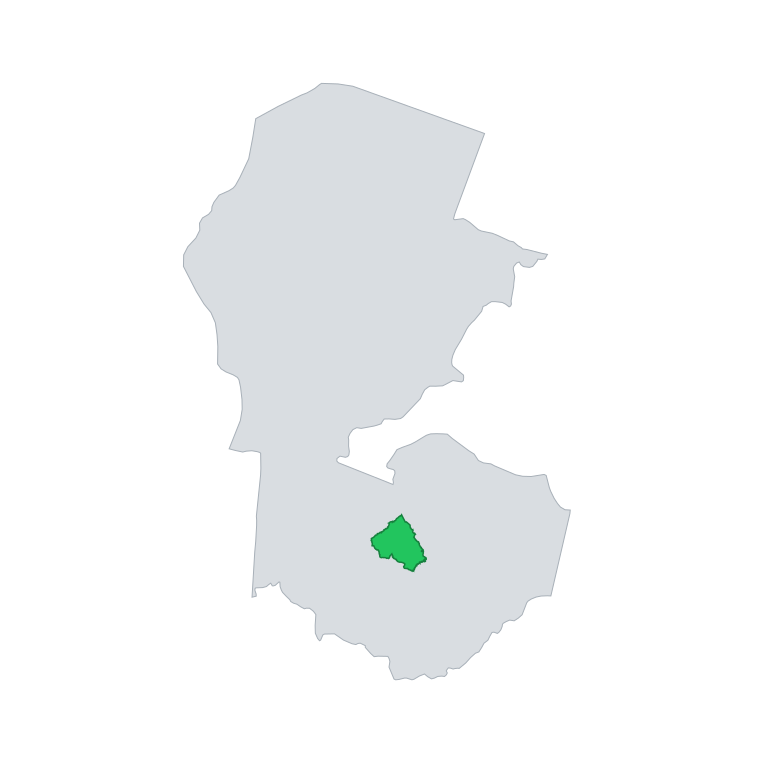 Kanchibiya, Muchinga, Zambia (highlighted), rotated 112°
{"feature_id": "96606910B88888220258727", "entity_name": "Kanchibiya", "entity_type": "district", "adm_level": 2, "iso_a3": "ZMB", "parent_name": "Zambia", "parent_adm1": "Muchinga", "projection": "orthographic", "projection_center": [30.974, -11.535], "detail": "fine", "context": "in_parent", "style": "filled", "palette": "green", "viewbox_px": 768, "rotation_deg": 112, "n_neighbors": 0, "source": "geoboundaries", "source_scale": "gbopen_adm2", "svg_char_len": 9041}
<svg xmlns="http://www.w3.org/2000/svg" viewBox="0 0 768 768"><g transform="rotate(112 384 384)"><path d="M502.1,503.3L471.6,503.5L460.6,506.0L451.5,509.9L440.7,515.8L434.5,520.0L432.8,522.3L432.0,527.3L432.0,535.1L431.0,540.7L427.8,545.8L411.5,552.1L400.8,557.3L390.4,563.3L382.6,571.2L377.3,580.8L368.5,592.7L350.1,614.0L339.3,618.1L330.2,617.3L319.1,613.1L310.4,612.4L304.0,615.3L298.0,614.5L292.4,610.2L287.8,608.7L284.1,609.9L279.3,609.8L270.6,607.6L262.9,600.2L258.7,597.2L255.5,596.1L246.5,595.0L225.8,593.8L204.6,598.0L186.0,602.3L166.2,586.1L147.1,568.9L143.0,564.5L135.8,558.8L130.7,556.0L128.7,554.6L123.0,539.0L119.6,524.5L114.1,384.6L199.5,382.1L205.0,381.4L205.2,379.9L201.0,372.5L201.1,369.9L202.1,364.8L205.6,354.5L205.7,351.1L203.7,340.1L203.7,333.9L204.4,321.4L203.7,317.2L205.6,311.6L206.1,307.8L206.9,306.2L205.8,302.0L203.8,287.2L202.6,281.0L207.8,281.8L209.6,284.8L210.6,288.1L213.0,288.2L219.2,290.1L221.4,292.8L222.9,298.7L222.1,301.8L220.2,304.3L222.2,306.4L226.4,307.7L228.8,307.3L235.6,303.0L241.9,301.4L245.2,300.3L259.4,297.3L262.2,295.8L264.2,295.8L265.6,296.9L264.4,301.1L264.1,304.9L266.0,311.9L267.4,315.2L270.4,317.5L272.6,318.7L275.0,321.2L280.0,320.7L290.9,324.1L294.3,325.7L298.9,327.3L302.2,327.9L313.5,328.9L325.4,330.8L331.6,330.9L335.9,330.3L339.0,329.2L340.8,328.0L341.7,327.0L346.0,313.6L348.3,312.5L351.2,311.7L353.0,312.9L355.0,321.4L363.7,328.9L366.7,335.3L368.9,340.8L370.8,342.2L374.1,344.1L379.3,344.7L384.0,344.8L407.3,354.0L409.8,355.7L412.7,360.6L414.5,366.3L416.4,370.7L419.4,371.5L422.0,371.8L424.7,374.9L426.7,377.5L433.7,388.5L434.7,392.9L438.0,395.8L442.5,397.0L446.7,397.2L449.1,395.8L455.0,393.5L459.5,390.9L462.9,390.0L464.9,390.5L466.4,392.3L467.4,397.8L470.7,399.7L473.1,398.9L474.1,396.8L474.1,395.7L473.8,338.0L471.7,338.4L469.0,340.1L462.9,340.3L460.5,341.5L459.8,343.4L460.2,345.8L460.4,349.0L459.5,350.6L456.8,351.2L452.9,350.0L445.8,348.4L440.0,347.4L435.7,343.1L429.9,336.6L426.2,333.4L417.1,326.6L415.5,325.3L412.8,322.1L410.4,316.7L408.1,310.5L406.8,306.5L408.9,300.4L414.1,280.4L415.2,274.2L419.6,267.8L419.9,262.2L418.0,254.9L418.5,250.9L418.9,228.0L417.6,220.8L414.6,212.8L407.9,201.7L408.0,199.4L418.0,192.0L421.0,189.3L426.3,183.4L429.8,178.4L432.0,174.3L432.8,169.1L431.1,164.1L434.5,163.1L518.0,149.9L519.2,153.3L521.8,159.0L524.6,163.2L528.2,166.9L531.3,169.1L533.3,169.7L546.2,169.5L550.8,171.8L554.8,174.6L555.8,179.0L558.5,181.7L561.3,183.9L562.6,184.1L564.6,183.6L568.1,183.6L571.3,184.5L572.8,185.5L572.9,189.1L573.9,190.8L578.3,191.4L582.7,191.7L586.9,194.2L591.6,194.7L596.9,195.7L599.4,198.4L605.1,201.2L612.0,203.7L619.6,207.8L619.8,209.0L621.1,211.4L622.4,213.2L622.5,215.7L623.1,218.0L625.1,218.6L626.7,218.8L628.2,217.1L630.2,217.2L632.5,218.3L633.2,221.0L635.0,224.6L637.8,227.1L639.6,229.5L639.0,233.9L637.7,237.8L641.5,241.8L646.5,245.6L647.8,247.3L648.2,252.8L648.9,254.7L652.3,259.4L653.9,262.4L653.8,264.2L644.6,273.3L639.0,274.6L636.6,276.5L635.1,278.4L638.6,287.6L640.5,291.0L638.9,295.3L635.2,302.7L633.6,303.3L633.2,308.9L634.3,310.9L636.1,312.5L636.8,316.3L636.6,325.7L634.2,336.3L638.2,345.6L639.6,346.7L645.2,346.8L646.2,347.6L644.8,350.2L640.8,354.3L633.6,357.4L623.3,360.8L621.2,364.2L619.8,369.0L620.9,371.9L622.2,373.6L621.8,377.8L620.8,382.3L621.1,385.9L620.6,389.0L619.3,390.5L617.4,395.2L615.2,400.0L613.4,402.1L610.8,404.4L606.8,406.3L606.8,407.2L611.4,409.4L612.6,410.9L613.0,412.0L611.1,414.4L613.2,415.8L615.8,417.1L618.2,420.2L620.9,426.2L621.4,426.8L622.2,426.9L623.8,426.3L626.6,423.9L628.6,423.0L631.1,426.5L588.2,440.9L578.2,443.9L563.2,449.0L558.3,450.9L554.4,452.8L514.7,464.3L508.5,466.5L494.5,472.4L494.0,473.4L494.2,476.1L495.4,481.6L497.9,486.6L500.0,489.5L501.3,496.9L502.1,503.3Z" fill="#d9dde1" stroke="#a8b0b8" stroke-width="1"/><path d="M505.0,307.1L503.5,311.5L503.8,311.7L503.8,312.3L504.0,312.6L499.0,318.4L498.7,318.7L499.7,318.9L499.8,319.0L499.9,319.3L500.1,319.4L500.3,319.4L500.4,319.7L500.6,319.9L501.6,320.5L503.1,321.1L503.9,321.8L505.0,322.1L506.0,322.1L506.5,322.4L507.1,323.2L507.7,323.4L507.8,323.3L508.0,323.3L507.9,323.5L508.0,323.7L508.2,324.2L508.3,324.3L508.4,324.2L508.5,324.3L508.5,324.5L508.9,324.6L508.5,324.9L508.7,325.0L508.9,325.5L509.0,325.8L509.2,326.0L509.5,326.4L509.6,326.5L509.9,326.6L510.1,326.8L510.3,327.0L510.5,327.1L510.8,327.0L511.0,327.2L511.1,327.3L511.1,327.2L511.6,327.0L511.5,326.8L511.9,326.6L512.0,326.7L512.3,326.6L513.2,326.6L513.8,326.5L514.4,326.7L514.6,326.6L514.9,326.6L515.1,326.9L515.3,326.7L515.5,326.8L515.6,326.6L516.0,326.6L516.3,326.7L516.6,327.0L516.8,327.2L517.0,327.3L516.9,327.4L517.2,328.0L517.4,328.1L517.5,328.0L517.8,328.3L518.0,328.3L518.3,328.5L518.6,328.9L519.0,328.9L519.4,329.2L519.4,329.3L519.8,329.1L520.2,329.3L520.9,329.8L521.6,330.5L521.8,330.6L522.6,330.5L522.9,330.6L523.0,331.1L522.9,331.3L523.0,331.5L522.9,331.6L523.0,331.8L522.9,331.8L523.0,331.9L523.1,332.1L523.5,332.1L523.8,332.4L524.0,332.4L524.3,332.5L524.5,332.9L524.6,333.0L524.8,333.1L524.8,333.3L525.2,334.1L525.5,334.1L525.8,334.0L525.9,333.9L526.1,334.0L526.4,334.0L526.6,334.1L527.2,334.8L527.2,335.0L527.4,335.3L528.1,335.5L528.9,335.6L529.3,335.9L530.0,336.2L530.9,336.9L531.2,337.0L531.3,337.1L531.5,337.5L531.8,337.7L532.2,337.8L532.9,337.3L533.4,337.2L534.0,337.2L534.1,336.5L535.2,336.0L535.9,335.3L536.8,334.9L537.3,334.7L538.2,334.6L538.5,334.3L538.0,333.8L537.9,332.8L538.3,332.5L539.1,331.6L539.4,331.3L539.7,331.0L539.9,330.3L540.1,330.2L540.2,329.9L540.3,329.7L540.2,329.0L540.3,328.7L540.2,328.1L540.3,328.1L540.2,327.9L540.2,327.7L540.1,327.3L540.4,327.2L540.6,326.7L540.9,326.5L541.0,326.0L542.1,325.4L542.4,325.1L543.3,324.8L543.6,324.4L543.8,323.9L544.3,323.9L544.9,323.5L545.2,323.4L545.8,323.0L546.0,322.6L546.0,322.2L546.1,321.8L545.9,321.1L545.5,320.7L545.3,320.2L545.1,319.2L544.6,318.1L544.4,317.2L544.6,316.7L544.6,316.0L544.1,315.5L544.0,314.8L544.1,314.5L543.5,314.2L543.4,314.0L543.3,313.9L542.7,314.0L542.0,313.9L541.6,314.2L541.3,314.2L540.7,313.8L538.9,313.2L539.3,313.0L539.2,312.8L539.3,312.8L539.3,312.6L539.5,312.6L539.6,312.0L540.0,311.7L540.1,311.4L540.5,311.2L540.9,310.9L541.0,311.0L541.1,310.8L541.2,311.0L541.3,310.8L541.3,310.7L541.5,310.4L541.6,310.5L541.8,309.9L542.0,309.8L542.0,309.5L542.1,309.4L542.1,309.1L542.0,308.7L542.1,308.4L542.1,308.1L542.2,307.9L542.1,307.3L542.2,307.2L542.3,306.8L542.2,306.7L542.3,306.6L542.5,306.7L542.8,306.4L542.7,306.2L542.9,306.0L542.9,305.8L543.1,305.6L543.4,305.0L543.4,304.5L543.5,304.4L543.4,303.0L543.3,302.6L543.0,301.9L542.7,300.9L542.7,300.0L542.6,299.6L542.7,298.2L543.0,297.3L543.1,297.2L544.2,297.2L544.6,297.0L544.9,297.0L545.4,297.1L545.7,297.4L545.9,297.4L546.3,297.1L546.8,296.7L547.2,296.0L546.5,293.4L546.2,293.1L546.2,292.8L546.8,291.9L546.7,291.5L546.8,291.2L546.8,290.9L546.6,290.5L546.6,290.2L546.8,289.5L546.7,289.4L546.7,289.2L546.7,288.9L546.9,288.6L546.9,288.1L546.6,287.5L546.3,287.6L546.5,287.5L546.3,287.4L546.4,287.2L546.4,286.9L546.2,287.1L546.2,286.8L545.8,286.8L545.7,286.6L545.4,286.7L545.2,286.6L544.8,286.4L544.7,286.3L544.3,286.4L544.2,286.7L543.6,286.4L543.4,286.6L542.9,286.6L543.0,286.8L542.9,286.8L542.6,286.7L542.3,286.5L542.1,286.3L541.9,286.4L541.7,286.3L541.2,286.3L541.1,286.1L540.8,286.3L540.7,286.2L540.3,286.1L540.0,286.2L539.9,285.7L539.7,285.9L539.4,285.7L539.1,285.7L538.9,285.9L538.7,285.9L538.3,285.1L538.1,285.2L538.0,284.9L537.8,284.8L537.9,284.6L537.7,284.5L537.1,284.3L537.2,284.2L536.8,284.0L536.7,283.9L536.8,283.9L536.3,283.9L536.4,283.7L536.2,283.8L536.0,283.7L535.9,283.9L535.6,283.5L535.6,283.2L535.5,283.4L535.4,283.1L535.2,283.1L534.9,283.0L534.8,282.9L535.0,282.4L534.7,282.3L534.8,281.9L534.7,281.7L534.4,281.8L534.5,281.5L534.4,281.4L534.2,281.4L534.0,281.5L533.8,281.3L533.4,281.3L533.1,281.2L533.1,280.7L533.5,280.2L533.6,279.9L533.4,279.6L532.9,279.2L532.7,279.2L532.5,279.4L532.7,279.9L532.7,280.3L532.6,280.6L532.1,281.0L531.8,281.0L531.6,280.9L531.3,280.6L531.0,280.4L530.2,280.4L530.2,280.2L530.3,280.0L531.0,279.4L530.9,279.2L530.5,279.2L529.5,279.9L529.3,280.2L529.4,281.1L529.1,281.4L529.0,282.7L528.9,283.2L527.5,284.0L526.6,284.2L526.0,284.2L525.3,284.6L524.9,284.6L524.3,284.8L524.3,285.0L524.5,285.3L524.9,285.5L525.1,286.2L525.2,286.5L524.9,286.7L524.4,286.6L524.0,285.9L523.6,285.4L523.4,285.4L523.1,285.6L522.6,286.7L522.5,287.5L522.3,287.9L521.9,287.9L521.5,288.2L521.6,288.6L521.4,289.3L520.7,289.9L520.2,290.6L520.0,290.9L519.8,291.1L519.6,291.1L519.1,291.4L518.9,291.4L518.6,291.6L518.5,291.8L518.3,292.0L518.1,292.6L517.5,292.8L517.4,293.2L517.6,293.6L517.4,294.6L516.7,295.6L516.8,295.9L516.7,296.4L516.4,296.8L515.9,297.2L515.7,297.8L515.1,298.4L515.1,298.8L514.2,299.0L513.7,298.9L512.3,299.0L512.0,298.9L511.7,298.7L511.6,299.2L511.5,299.3L511.1,299.3L510.9,299.7L510.9,299.9L511.3,299.9L511.3,300.2L511.4,300.4L511.2,300.6L510.9,301.3L510.8,301.7L510.2,302.1L509.7,302.2L508.7,302.3L508.6,302.8L508.3,302.9L508.6,303.2L508.7,303.3L508.4,304.1L508.3,304.3L507.4,305.4L507.5,305.6L506.4,306.4L505.7,306.6L505.5,306.9L505.0,307.1Z" fill="#22c55e" stroke="#15803d" stroke-width="1.5"/></g></svg>